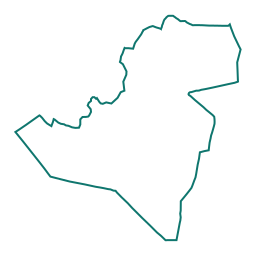 Al-Hamza, Al-Qādisiyyah, Iraq
{"feature_id": "34846034B52721484909076", "entity_name": "Al-Hamza", "entity_type": "district", "adm_level": 2, "iso_a3": "IRQ", "parent_name": "Iraq", "parent_adm1": "Al-Qādisiyyah", "projection": "equal_earth", "projection_center": [44.892, 31.592], "detail": "fine", "context": "isolated", "style": "outline", "palette": "teal", "viewbox_px": 256, "rotation_deg": 0, "n_neighbors": 0, "source": "geoboundaries", "source_scale": "gbopen_adm2", "svg_char_len": 2747}
<svg xmlns="http://www.w3.org/2000/svg" viewBox="0 0 256 256"><path d="M229.8,24.4L229.3,24.9L228.5,25.7L228.0,25.8L225.5,25.8L224.7,25.8L222.9,25.8L218.1,25.7L215.1,25.7L213.5,25.6L209.2,25.6L202.0,25.2L195.7,25.1L193.4,25.2L192.6,25.2L191.0,24.4L189.8,24.0L186.6,22.3L185.7,21.4L185.0,21.0L182.0,21.1L181.0,21.1L180.3,21.1L178.9,20.0L177.7,19.0L176.4,18.3L175.2,17.3L174.0,16.5L173.4,16.0L173.0,15.8L171.4,15.8L170.3,15.8L169.5,15.8L169.0,15.8L168.2,15.9L166.5,17.2L165.4,18.6L164.6,19.3L164.2,20.0L163.7,21.1L163.4,22.0L162.8,23.9L162.2,25.1L161.9,26.5L161.6,27.7L160.9,28.7L160.9,29.0L160.2,28.6L158.3,28.0L156.5,27.5L154.9,26.9L153.7,26.4L153.2,26.2L152.5,26.1L151.6,26.4L149.5,27.0L147.1,28.2L145.2,29.2L143.9,29.9L143.3,30.1L142.9,31.3L142.3,32.1L141.8,33.2L141.0,34.6L139.0,37.4L137.6,39.4L136.9,40.3L136.5,40.8L135.6,42.0L134.7,43.7L134.2,45.3L133.5,47.5L133.1,48.7L128.5,48.2L127.6,48.2L127.2,48.2L126.2,48.2L125.6,48.2L125.3,48.2L124.6,47.9L124.0,49.4L123.7,50.2L122.6,53.4L121.6,55.4L121.0,56.5L120.9,57.6L120.6,59.3L120.6,59.9L119.9,61.9L119.9,62.0L122.9,64.2L126.5,71.4L126.3,74.8L123.3,81.7L124.4,90.7L120.7,92.2L117.6,97.8L111.4,103.5L106.2,102.4L102.8,103.8L100.7,103.4L99.4,102.0L96.9,98.1L96.1,98.8L94.4,97.2L92.6,97.2L91.0,99.0L91.0,101.0L88.7,102.9L87.7,105.5L90.7,109.2L91.0,111.9L89.1,115.6L88.1,116.6L86.0,116.9L82.5,117.0L80.3,119.4L80.3,124.5L79.0,127.7L75.4,127.9L72.0,127.3L68.5,125.8L65.9,125.4L64.1,124.3L60.9,123.8L58.3,122.6L54.6,119.5L53.7,119.1L53.0,121.8L51.6,125.5L51.4,126.1L48.9,124.6L47.0,123.4L44.7,121.1L42.2,117.9L40.1,115.8L39.4,115.4L25.3,125.4L25.1,125.5L19.4,129.4L15.4,132.0L23.0,141.4L39.3,162.0L44.5,168.7L47.6,172.9L50.4,176.6L55.4,177.9L69.6,181.5L84.7,184.4L95.8,186.8L100.1,187.5L103.9,188.2L108.1,189.1L110.5,189.4L113.4,190.6L115.6,190.8L116.8,192.4L121.5,197.2L127.7,203.1L132.0,207.8L141.9,217.7L149.8,225.3L157.0,232.5L161.2,236.0L165.5,240.2L169.7,240.1L173.2,240.1L176.5,240.1L178.4,230.1L179.5,224.2L179.9,222.2L180.3,220.6L180.7,217.3L180.2,213.6L180.7,210.6L180.8,201.2L184.1,197.2L186.8,193.9L189.4,190.6L190.6,189.0L191.4,188.0L192.4,185.6L194.3,180.4L195.5,177.4L196.2,173.8L197.7,164.6L199.0,158.8L199.9,152.3L204.4,151.1L208.7,150.3L208.8,149.4L209.2,145.9L209.6,142.6L210.6,138.3L211.1,135.5L212.0,132.9L213.1,129.1L214.0,125.9L214.2,125.0L214.5,123.9L214.6,121.8L214.5,119.1L214.2,116.7L212.7,115.1L209.3,112.3L206.3,109.9L203.5,107.2L195.0,100.1L190.6,96.1L188.9,95.0L188.5,94.1L189.1,92.8L190.1,92.2L191.4,92.1L194.1,91.3L196.1,90.7L198.9,90.6L201.3,89.8L205.3,89.1L212.5,87.6L222.5,85.4L227.9,84.2L234.5,82.8L237.9,81.7L238.0,81.6L237.9,80.4L237.5,69.6L237.2,62.4L240.6,49.4L238.8,45.9L234.2,36.3L231.0,28.0L229.8,24.4Z" fill="none" stroke="#0f766e" stroke-width="2"/></svg>